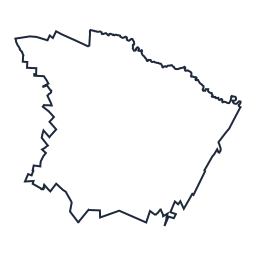 outline of Manuel Benavides, Chihuahua, Mexico
{"feature_id": "50627088B76577839440191", "entity_name": "Manuel Benavides", "entity_type": "district", "adm_level": 2, "iso_a3": "MEX", "parent_name": "Mexico", "parent_adm1": "Chihuahua", "projection": "mercator", "projection_center": [-103.724, 28.922], "detail": "fine", "context": "isolated", "style": "outline", "palette": "slate", "viewbox_px": 256, "rotation_deg": 0, "n_neighbors": 0, "source": "geoboundaries", "source_scale": "gbopen_adm2", "svg_char_len": 5552}
<svg xmlns="http://www.w3.org/2000/svg" viewBox="0 0 256 256"><path d="M164.5,226.0L168.5,216.6L173.8,218.2L175.9,214.1L170.4,212.2L174.9,201.5L178.1,204.3L180.3,201.2L183.8,208.8L192.3,193.9L193.5,194.9L205.1,171.2L204.4,170.4L212.3,156.5L214.1,154.4L217.2,149.3L218.4,152.3L219.1,152.3L219.4,152.5L219.5,152.2L219.8,151.8L219.9,151.4L220.3,151.2L220.5,150.5L220.5,150.2L220.8,149.5L220.6,148.6L220.3,147.2L220.0,146.5L219.6,145.6L219.6,144.9L219.3,144.4L219.2,143.9L218.5,142.7L218.6,142.0L226.1,132.2L229.1,128.7L240.1,107.7L240.4,107.4L240.5,107.2L239.8,106.9L238.8,105.9L238.6,105.2L238.8,104.9L239.7,104.2L240.2,103.4L240.6,102.3L240.6,101.9L240.4,101.5L239.7,101.3L238.9,101.3L237.3,103.1L236.7,103.6L236.2,103.8L235.7,103.9L235.0,103.7L233.9,103.3L233.1,102.4L232.6,100.8L232.7,100.6L233.0,100.6L233.7,100.7L234.2,100.7L234.7,100.6L235.6,100.0L235.9,99.6L236.0,99.2L236.0,98.3L235.9,97.7L235.8,97.4L235.2,96.8L233.9,96.5L232.7,96.5L231.9,95.9L231.7,96.0L231.1,96.9L231.3,97.8L231.0,98.4L230.8,99.6L230.8,100.1L230.6,100.7L230.3,101.1L229.5,102.6L229.0,103.1L228.6,103.2L227.4,102.9L226.1,102.3L224.7,101.8L223.7,101.9L223.2,101.8L222.7,102.3L222.4,102.1L222.2,101.7L222.3,100.4L222.2,99.7L222.0,99.4L221.5,99.0L221.2,99.0L220.6,99.6L219.5,100.0L219.1,99.9L218.7,99.5L218.3,97.8L216.2,98.2L215.5,97.9L215.5,97.1L215.3,96.9L214.9,96.8L214.4,97.0L213.8,97.0L213.1,97.1L212.0,96.7L211.8,96.5L211.8,96.2L212.4,95.8L212.7,95.4L212.5,94.9L211.6,93.7L211.7,93.3L211.7,93.1L210.1,92.8L209.0,92.1L208.1,91.1L208.0,89.6L208.1,89.2L205.7,89.2L205.5,89.4L205.5,90.3L205.2,90.8L204.2,90.7L203.6,90.8L203.2,90.7L202.9,90.2L202.7,89.6L203.4,87.8L203.6,86.7L203.5,86.2L203.4,85.9L202.3,85.3L201.9,84.5L200.7,83.8L200.0,83.2L198.7,81.3L198.0,79.9L197.8,79.8L197.4,79.8L196.5,80.2L196.2,80.2L195.9,80.2L195.7,80.0L195.5,79.5L195.6,79.1L195.9,78.7L196.5,78.2L196.5,77.7L196.3,77.4L195.6,77.1L194.6,77.2L194.3,77.2L193.5,76.7L193.2,76.7L191.3,76.6L191.1,76.5L191.0,76.1L191.4,75.4L191.4,74.6L191.4,72.9L191.1,72.4L189.7,71.4L188.2,70.8L187.9,70.4L187.2,70.5L186.7,70.4L186.0,70.8L185.7,70.8L185.4,70.7L185.0,70.1L184.8,69.3L184.9,68.8L185.2,68.3L185.3,67.9L185.0,67.3L184.5,66.8L184.3,66.8L183.3,67.7L182.0,67.8L180.9,68.2L180.2,68.1L178.6,68.9L177.5,69.1L175.5,69.0L174.2,67.8L174.0,67.5L173.9,66.9L172.7,66.4L171.8,65.2L171.3,65.1L169.8,65.7L168.5,65.6L167.7,65.7L167.4,66.0L166.8,66.7L166.4,66.9L165.4,66.3L164.9,66.2L163.9,66.7L163.2,67.3L162.7,67.3L162.5,67.2L162.3,66.9L162.4,66.2L162.0,65.7L161.1,64.0L160.6,63.7L159.4,63.6L159.0,63.3L158.2,62.9L157.3,63.0L156.1,62.6L155.4,62.3L154.8,62.3L154.0,61.7L152.3,62.0L151.7,61.9L151.2,61.4L150.7,60.3L150.5,60.0L149.5,60.1L149.1,59.9L148.3,59.9L148.1,60.1L147.8,60.9L147.6,61.0L147.2,61.0L147.0,60.8L145.8,58.3L145.5,58.0L144.8,57.7L144.5,56.6L143.0,55.5L142.3,54.6L141.7,53.2L141.7,52.5L141.5,52.1L142.0,51.4L142.1,51.0L141.7,50.2L140.2,50.9L139.2,50.9L138.7,50.8L138.4,50.7L138.3,49.9L138.9,49.4L139.0,48.8L138.8,48.4L138.4,48.0L138.1,47.5L137.6,47.3L136.9,47.7L135.9,48.9L136.0,49.7L135.5,50.5L134.0,50.7L133.8,50.3L133.6,49.8L132.8,48.7L132.8,48.1L133.0,47.4L132.8,45.5L132.9,44.9L133.0,44.7L133.9,44.7L134.1,44.3L134.2,43.1L133.8,41.5L132.6,39.6L132.4,39.0L132.1,38.9L131.2,39.0L129.4,40.5L129.1,40.7L128.5,40.6L127.2,40.1L127.1,39.4L126.6,38.6L126.9,37.9L126.7,37.4L126.4,37.0L125.4,36.7L124.6,37.2L123.8,37.6L122.9,37.9L122.6,37.9L121.6,37.3L120.7,37.0L120.4,36.8L120.1,35.7L118.9,35.4L118.5,35.2L117.6,35.2L117.1,35.1L115.9,34.7L115.4,34.8L114.9,35.1L114.2,35.3L113.6,34.6L112.8,35.0L112.6,34.9L112.1,34.4L110.6,33.8L109.9,33.8L109.3,34.1L109.2,34.8L108.6,35.4L108.3,35.4L106.0,33.2L105.6,33.2L102.8,34.1L101.8,33.9L101.7,33.6L101.7,32.5L100.6,31.7L100.1,31.5L99.0,31.7L97.2,31.8L96.0,31.2L94.9,31.3L94.0,30.7L93.5,30.8L92.0,30.3L91.2,30.4L90.5,30.0L89.9,30.8L90.0,33.9L89.3,45.6L88.0,46.3L74.9,40.2L71.0,38.5L61.5,34.2L56.1,31.3L52.9,38.0L49.7,35.5L47.5,40.3L36.4,36.9L29.8,36.4L15.4,38.6L16.0,40.7L16.1,41.6L16.3,42.4L17.1,43.8L17.2,44.4L17.7,45.4L18.2,45.8L19.6,48.3L19.9,48.9L19.8,49.5L20.0,49.8L20.8,50.6L21.1,51.0L21.9,51.6L22.1,52.1L21.9,52.1L23.4,55.4L23.1,55.7L22.8,61.7L27.3,62.0L27.0,67.8L36.3,68.2L36.1,74.2L34.2,74.1L34.3,75.7L43.9,76.2L46.7,80.5L48.4,83.6L43.2,86.3L43.3,86.8L47.0,85.4L50.7,90.6L51.2,90.5L51.3,90.6L51.1,91.5L51.1,92.2L50.6,92.9L50.3,93.2L48.7,94.1L48.0,95.2L47.4,95.7L51.0,103.2L51.7,105.5L47.1,105.2L44.8,105.3L44.0,105.0L42.8,106.7L48.7,111.3L53.9,117.0L49.5,121.8L56.2,129.4L50.1,136.2L49.4,137.2L43.5,130.4L42.4,134.3L41.7,137.8L47.9,145.6L46.8,146.2L44.7,148.0L42.1,149.5L44.0,151.3L45.9,153.0L43.3,156.3L40.7,161.5L40.7,162.0L40.3,164.9L40.3,166.4L33.7,165.5L32.7,170.1L33.2,170.1L33.3,171.3L32.9,171.7L31.6,175.4L28.1,174.1L25.0,181.5L33.5,181.0L32.7,183.8L40.9,188.4L41.1,189.0L41.3,189.2L42.4,189.2L42.5,189.0L42.8,189.3L43.4,189.2L43.6,189.0L43.7,188.8L43.4,187.9L43.6,187.7L43.8,187.8L44.0,187.7L43.9,187.5L43.8,186.9L44.3,186.5L44.1,186.0L44.0,185.4L44.0,184.9L44.1,184.7L44.6,185.4L45.1,185.7L45.5,186.3L48.5,189.6L50.3,191.4L56.2,183.7L62.9,189.9L65.7,191.7L70.8,200.7L71.7,202.6L70.0,211.5L78.2,222.3L78.6,222.2L79.3,221.0L88.5,209.8L88.7,210.0L99.9,210.4L100.1,217.5L119.2,210.7L146.2,222.5L150.0,211.0L154.7,214.5L155.2,214.4L155.9,214.6L156.3,214.1L156.7,213.7L157.6,213.1L159.4,210.7L160.2,210.1L160.3,209.6L160.8,209.5L161.2,210.9L161.6,211.6L163.0,214.7L163.1,216.2L167.6,213.6L166.6,217.0L166.4,218.0L166.7,218.7L166.4,219.6L166.1,219.9L165.8,222.0L165.4,222.6L165.5,222.8L165.1,223.6L164.5,226.0Z" fill="none" stroke="#1e293b" stroke-width="2"/></svg>